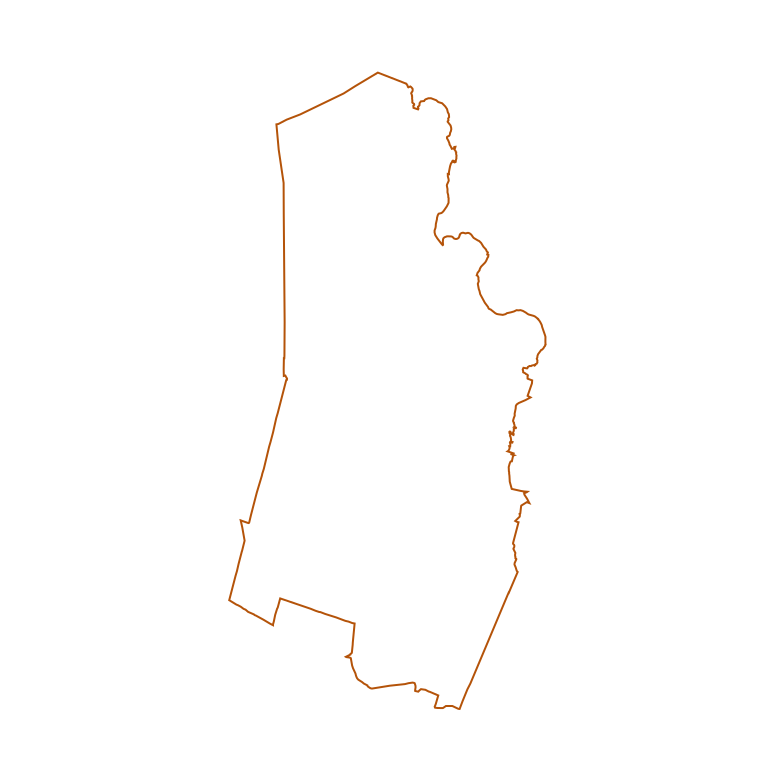 Ceamurlia De Jos, Tulcea, Romania, rotated 200°
{"feature_id": "2599482B14465216932535", "entity_name": "Ceamurlia De Jos", "entity_type": "district", "adm_level": 2, "iso_a3": "ROU", "parent_name": "Romania", "parent_adm1": "Tulcea", "projection": "mercator", "projection_center": [28.752, 44.725], "detail": "fine", "context": "isolated", "style": "outline", "palette": "amber", "viewbox_px": 768, "rotation_deg": 200, "n_neighbors": 0, "source": "geoboundaries", "source_scale": "gbopen_adm2", "svg_char_len": 6152}
<svg xmlns="http://www.w3.org/2000/svg" viewBox="0 0 768 768"><g transform="rotate(200 384 384)"><path d="M201.8,104.5L201.7,112.6L201.2,125.6L200.4,132.0L195.7,227.6L195.5,230.7L195.3,230.6L194.1,253.1L194.6,253.3L195.4,253.9L197.7,256.9L199.6,258.9L200.0,260.4L199.7,264.5L199.9,264.9L200.7,265.0L201.0,265.3L201.3,266.4L201.7,266.8L202.4,268.2L202.8,270.2L206.0,273.3L206.1,274.0L205.9,274.4L205.9,275.6L206.3,276.8L206.7,277.3L207.8,277.8L208.3,278.5L210.3,300.1L212.0,299.9L213.8,300.2L211.1,305.8L211.5,307.4L211.8,307.6L212.2,308.4L211.7,308.8L211.7,309.2L213.3,315.8L213.4,316.7L209.4,321.8L206.7,321.8L210.3,325.1L214.3,328.1L214.6,329.1L214.9,329.3L212.8,331.2L212.4,331.8L215.8,330.9L218.9,330.3L228.1,329.1L232.4,335.2L234.7,340.6L235.8,342.7L236.3,344.1L236.7,344.5L238.4,348.6L238.7,352.2L238.6,354.1L238.5,354.4L238.1,354.8L237.4,355.1L238.0,359.5L238.0,361.0L237.4,361.5L240.3,361.5L240.4,362.3L238.4,362.4L238.4,363.1L244.8,363.0L244.4,363.5L244.0,365.0L244.0,366.5L244.4,367.6L245.0,368.3L244.1,368.6L244.9,371.2L245.6,371.8L245.6,372.4L244.9,372.4L243.4,372.8L243.4,373.4L244.5,373.2L245.3,373.6L245.3,374.7L246.8,377.4L247.9,378.4L247.9,379.5L249.4,380.9L249.8,382.0L249.5,382.4L248.9,382.4L247.8,381.2L246.6,381.0L245.9,380.5L244.9,380.4L244.9,380.9L245.2,381.2L245.2,381.5L246.1,381.9L246.0,384.5L246.7,386.2L245.9,387.2L245.0,387.6L245.0,388.1L245.4,388.3L247.1,388.1L246.8,388.8L247.0,389.4L247.8,390.7L248.5,391.4L248.7,392.2L249.7,392.8L250.2,393.8L250.4,396.7L250.3,398.9L251.1,400.8L251.9,406.1L252.6,408.4L252.5,409.3L252.3,410.2L250.9,412.2L245.6,417.2L241.7,421.5L245.0,422.0L245.2,435.2L246.0,438.1L250.8,438.1L251.2,438.6L251.3,439.4L251.7,440.0L251.6,441.0L251.9,441.5L252.6,441.8L254.0,441.9L254.7,442.3L257.2,442.6L257.7,443.8L258.6,445.0L258.6,445.5L258.5,446.9L254.9,447.6L254.7,447.8L254.6,449.2L253.4,450.7L252.0,451.1L251.4,451.9L249.4,453.2L248.8,452.8L248.3,453.4L248.4,454.5L247.5,455.2L247.4,455.8L247.2,456.6L247.8,458.0L247.9,458.7L249.1,460.0L249.0,461.4L249.4,462.8L249.4,464.7L247.9,469.8L247.2,470.3L246.4,472.1L246.2,473.5L245.7,474.9L245.7,476.2L245.9,476.2L246.0,477.0L246.8,478.9L248.4,483.5L249.3,484.8L254.9,491.7L256.0,493.4L258.2,495.5L259.9,496.8L261.9,497.8L261.8,498.0L265.3,499.1L266.8,499.2L271.9,498.8L273.1,499.0L275.1,499.6L278.5,500.2L281.0,500.1L282.8,499.2L284.7,498.7L286.7,496.6L289.2,494.8L292.7,492.6L293.7,491.2L296.0,489.6L300.5,488.6L302.0,488.4L303.6,488.6L309.3,490.5L310.9,490.5L311.7,490.9L312.5,491.9L317.1,494.9L324.3,501.3L326.1,504.1L327.4,505.6L330.1,510.2L330.1,513.0L331.1,514.7L331.7,516.5L333.2,517.8L334.0,517.8L334.1,520.5L333.1,523.5L333.3,524.3L333.2,525.7L332.9,527.5L330.5,532.8L330.1,534.7L329.9,538.0L329.6,539.2L330.1,541.1L331.3,541.0L331.4,543.2L332.7,543.7L334.2,545.3L337.5,547.0L341.0,549.8L343.5,550.9L344.9,551.0L349.5,551.9L350.2,552.2L353.1,554.2L354.9,554.8L356.1,554.9L357.1,554.6L358.9,553.4L361.5,553.2L362.8,552.4L363.6,551.2L363.7,550.8L363.7,549.7L363.8,549.7L363.7,548.0L363.8,547.0L364.5,545.9L365.3,545.2L366.6,544.7L368.0,544.7L369.8,545.6L370.8,545.7L371.9,545.5L375.3,544.3L377.3,542.6L378.0,541.3L378.0,540.1L377.3,537.6L376.1,535.0L376.3,534.6L377.3,535.0L383.6,539.0L386.7,541.4L388.3,543.7L389.0,545.7L389.0,548.1L389.3,549.8L390.0,552.1L390.6,556.9L391.0,558.2L391.2,560.9L390.9,562.7L388.5,564.3L387.8,565.4L387.1,567.1L385.7,572.5L385.3,576.3L386.9,580.9L387.3,581.2L388.3,583.5L389.9,585.8L391.0,588.9L392.8,591.9L393.0,592.9L392.7,596.8L392.8,597.4L393.4,598.6L395.0,600.9L395.9,603.2L394.7,603.4L395.3,604.8L395.6,606.2L396.4,611.3L396.5,614.2L396.1,615.2L396.0,616.9L395.6,617.5L394.4,617.5L394.2,616.4L393.4,616.4L392.6,617.2L393.0,618.9L393.1,620.7L393.7,622.2L393.9,623.3L395.0,625.0L395.4,626.5L396.0,626.7L396.4,627.4L398.1,628.5L397.9,630.1L398.0,631.3L399.0,630.8L398.8,629.6L400.7,628.2L402.8,630.3L404.2,631.4L405.0,632.7L406.9,634.8L408.8,636.4L409.2,637.3L409.2,637.9L407.6,639.6L407.4,640.6L407.8,643.0L407.6,644.1L407.9,646.4L408.6,647.9L409.9,649.7L413.9,652.2L414.0,652.7L413.6,653.7L414.5,655.5L414.1,657.0L414.6,658.2L415.4,659.8L416.9,661.1L418.8,663.9L421.4,665.8L425.4,667.7L429.4,667.5L431.9,668.5L437.6,668.6L440.0,667.7L442.3,665.7L442.8,664.9L443.1,663.6L446.0,662.2L446.6,660.1L446.0,658.0L446.5,656.7L446.9,656.2L446.8,655.8L445.8,654.5L445.9,653.7L450.7,653.6L451.6,655.5L451.1,656.7L451.6,657.5L453.4,658.0L453.8,658.4L454.1,659.6L455.3,662.0L455.7,663.4L456.3,664.2L456.3,664.7L457.9,666.5L457.8,667.6L457.5,668.1L457.4,668.9L457.6,670.1L458.2,671.3L460.0,672.3L461.0,672.6L462.6,671.1L463.2,671.4L464.1,672.7L465.3,673.3L465.6,673.8L496.3,674.5L512.8,654.2L521.3,643.2L555.0,608.6L565.9,599.1L572.2,592.2L573.9,591.2L563.1,568.2L547.1,538.6L536.4,509.6L498.4,407.8L487.2,376.4L486.5,374.1L486.9,374.0L483.3,363.5L480.9,357.3L479.6,358.2L478.8,357.4L477.0,356.0L476.8,355.5L476.7,354.8L477.1,354.7L477.2,354.2L473.9,320.2L473.6,315.1L471.7,300.5L470.8,290.6L470.5,285.8L467.9,263.1L467.7,258.1L467.4,256.0L466.4,238.5L464.2,215.5L463.3,207.7L463.4,207.3L463.7,207.0L464.3,206.9L472.0,206.8L468.1,200.7L461.4,189.1L460.3,178.6L460.3,177.8L459.1,165.1L458.2,158.0L457.9,153.2L455.5,127.9L447.2,126.2L445.8,126.2L442.3,125.7L439.1,124.7L436.9,124.6L433.8,123.4L427.4,123.0L426.6,122.6L425.3,122.6L416.8,121.3L409.0,119.8L405.8,119.4L406.1,120.2L406.3,123.1L407.3,129.9L407.6,136.4L407.4,137.5L408.2,147.0L376.0,147.7L370.8,147.5L366.9,147.6L365.8,147.9L360.6,147.8L349.1,148.3L339.3,148.2L336.0,148.6L332.1,148.5L329.7,148.9L324.9,130.4L324.2,128.1L322.3,120.5L322.4,120.0L323.2,118.9L323.0,118.3L326.5,114.6L326.0,114.5L322.6,115.2L321.4,115.0L317.7,108.6L315.9,106.3L311.8,102.2L310.6,100.4L309.2,98.8L308.5,98.2L307.1,97.4L302.6,96.4L300.4,95.6L296.5,95.1L295.9,94.3L293.4,93.6L291.9,93.5L290.9,93.8L275.3,102.5L261.6,109.2L258.7,111.2L255.0,113.2L253.5,113.4L252.8,113.3L251.2,111.2L250.6,109.8L250.0,106.8L249.7,106.2L246.6,106.6L245.8,108.4L244.9,109.9L240.5,110.8L236.9,110.3L235.7,110.4L226.5,109.9L225.9,100.9L226.0,98.1L225.3,97.3L222.7,97.9L217.9,99.6L217.5,100.0L215.7,102.6L209.7,104.8L204.4,104.3L203.0,104.2L201.8,104.5Z" fill="none" stroke="#b45309" stroke-width="2"/></g></svg>